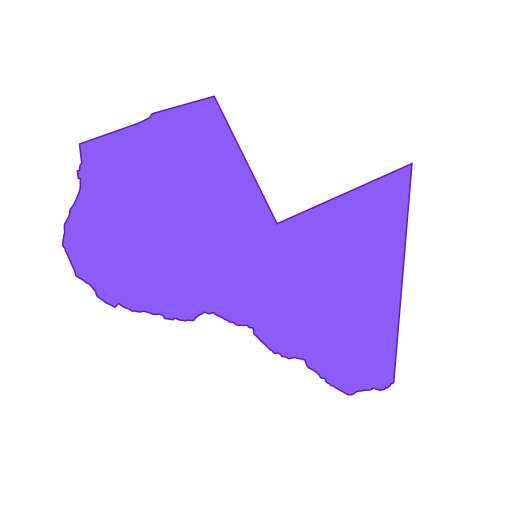 Rivadavia, Mendoza, Argentina (Equal Earth projection), rotated 250°
{"feature_id": "61730980B42888218741442", "entity_name": "Rivadavia", "entity_type": "district", "adm_level": 2, "iso_a3": "ARG", "parent_name": "Argentina", "parent_adm1": "Mendoza", "projection": "equal_earth", "projection_center": [-68.761, -33.437], "detail": "fine", "context": "isolated", "style": "filled", "palette": "violet", "viewbox_px": 512, "rotation_deg": 250, "n_neighbors": 0, "source": "geoboundaries", "source_scale": "gbopen_adm2", "svg_char_len": 2915}
<svg xmlns="http://www.w3.org/2000/svg" viewBox="0 0 512 512"><g transform="rotate(250 256 256)"><path d="M421.6,128.4L402.9,124.0L401.4,121.7L397.0,119.4L397.0,117.2L389.7,115.6L388.8,117.5L379.5,113.8L376.2,111.4L370.0,105.9L366.2,101.7L363.3,97.4L357.4,93.9L351.0,86.7L347.4,85.4L343.6,84.3L341.9,83.1L338.8,81.1L331.9,77.8L327.8,79.3L326.4,78.7L320.2,79.4L316.1,79.7L312.1,79.7L305.9,80.4L301.5,80.4L298.9,80.1L295.4,82.8L292.2,85.4L288.1,88.0L287.5,89.3L282.6,91.3L277.9,93.0L272.9,93.0L270.6,94.3L266.8,96.9L263.0,99.3L258.9,103.5L256.0,105.7L258.3,110.7L252.8,114.5L249.5,118.8L248.6,119.2L246.4,121.0L245.5,124.1L244.1,125.7L242.8,128.7L242.9,130.9L242.2,132.1L239.4,136.0L237.8,137.9L236.8,138.8L235.9,140.7L235.2,142.1L235.0,143.7L234.1,145.7L232.4,147.6L231.5,148.6L228.9,148.6L228.0,149.6L227.1,151.6L225.4,154.5L224.5,156.5L225.4,157.5L224.5,159.5L223.6,160.4L222.7,161.4L221.9,162.4L221.0,164.4L220.1,166.4L219.2,167.3L219.2,169.3L216.7,175.3L218.5,178.1L219.1,179.4L219.5,181.4L220.2,183.1L220.1,185.1L220.6,186.9L220.6,188.7L219.8,189.8L218.6,190.6L218.0,191.7L217.5,193.1L217.6,195.5L216.8,196.9L215.2,197.6L213.9,198.7L213.0,199.9L212.0,200.8L210.5,202.4L209.2,203.5L208.2,204.2L207.0,205.3L205.7,206.7L204.5,208.0L203.1,208.6L202.5,209.8L202.2,210.3L201.7,211.5L200.3,212.8L198.6,213.6L197.9,214.3L196.7,215.8L196.1,218.1L195.2,219.9L194.6,221.5L194.2,223.8L192.9,224.5L191.9,224.8L190.8,225.5L190.3,226.9L189.2,228.5L187.3,228.3L186.0,227.9L184.0,227.4L182.9,227.8L181.0,228.7L179.6,229.4L178.4,230.2L176.4,230.9L175.5,231.3L174.2,231.5L173.2,232.5L172.0,232.8L170.1,233.8L169.1,234.4L167.8,235.1L166.6,235.7L165.1,236.3L163.7,237.0L162.6,237.5L161.8,238.6L159.8,239.3L158.6,239.7L158.0,240.8L157.6,243.0L156.7,244.1L155.5,245.2L154.2,245.7L153.1,245.8L152.3,246.6L151.9,247.9L150.5,249.9L149.5,250.8L148.2,251.9L147.8,254.4L147.7,256.6L147.2,257.9L145.6,260.1L144.8,261.4L144.2,262.7L143.2,264.2L142.2,265.5L141.4,266.3L139.5,266.4L138.1,266.3L136.5,266.4L135.2,266.6L133.4,267.1L131.7,268.5L130.8,269.3L129.2,270.9L128.2,271.6L126.5,272.6L125.2,273.4L123.7,274.2L122.3,274.7L121.3,274.8L120.0,275.1L118.5,276.0L117.8,278.6L116.4,279.0L115.1,278.6L113.4,279.1L112.4,279.8L111.6,280.7L110.2,281.5L109.0,282.0L108.0,283.0L107.2,284.5L105.9,285.1L104.6,286.0L103.6,287.1L102.3,288.0L101.1,289.0L99.9,290.0L97.7,292.0L96.6,292.8L95.5,293.8L94.2,295.0L93.7,296.5L93.1,297.9L92.9,299.4L93.1,300.7L93.6,302.1L94.0,303.6L93.9,306.1L93.4,308.3L93.0,309.6L92.7,311.8L92.1,314.1L91.6,315.6L91.1,317.3L91.0,319.5L91.9,320.0L91.7,321.2L91.1,322.2L90.2,322.7L89.6,323.7L88.8,325.0L87.7,326.0L87.1,326.9L87.3,328.5L86.9,330.1L87.0,331.6L88.0,332.9L87.2,333.7L87.3,335.2L88.1,336.2L88.2,337.7L89.1,338.5L89.8,339.6L89.7,342.0L289.5,434.2L279.1,286.8L420.4,271.3L425.1,208.9L425.1,207.1L424.6,206.0L423.4,204.9L422.3,203.0L421.0,191.1L421.6,128.4Z" fill="#8b5cf6" stroke="#5b21b6" stroke-width="1.5"/></g></svg>